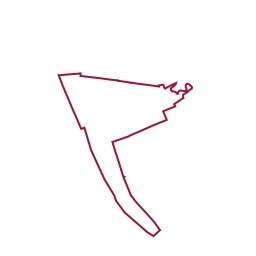 Banjul Central, Gambia (Albers equal-area conic projection), rotated 217°
{"feature_id": "56634734B44527271765824", "entity_name": "Banjul Central", "entity_type": "district", "adm_level": 2, "iso_a3": "GMB", "parent_name": "Gambia", "parent_adm1": "", "projection": "albers", "projection_center": [-16.581, 13.457], "detail": "fine", "context": "isolated", "style": "outline", "palette": "rose", "viewbox_px": 256, "rotation_deg": 217, "n_neighbors": 0, "source": "geoboundaries", "source_scale": "gbopen_adm2", "svg_char_len": 1928}
<svg xmlns="http://www.w3.org/2000/svg" viewBox="0 0 256 256"><g transform="rotate(217 128 128)"><path d="M215.1,128.5L214.7,128.2L205.8,122.6L192.7,115.0L187.7,112.1L165.2,99.3L164.7,99.1L163.1,102.0L158.8,98.9L144.3,88.2L130.6,80.8L115.8,72.8L110.7,70.8L98.3,65.8L97.0,64.9L93.8,62.7L79.8,58.5L49.7,56.4L42.8,57.0L42.6,57.0L41.0,65.5L40.9,65.7L43.0,66.3L50.5,68.7L61.6,70.9L63.6,71.3L70.0,72.4L73.6,73.1L77.9,74.0L83.8,75.6L85.0,75.9L101.7,85.8L101.6,86.9L102.5,86.4L103.2,86.8L110.2,91.9L118.4,97.7L121.6,99.9L122.9,100.8L130.4,106.3L131.2,106.9L131.7,107.3L132.0,107.5L131.9,107.6L129.8,110.7L126.5,115.7L123.4,120.3L122.3,121.9L122.3,122.4L121.3,124.2L117.0,131.7L115.7,134.0L112.8,139.2L111.7,141.2L109.7,144.8L108.7,146.5L106.8,149.7L106.5,150.3L105.6,151.7L104.5,153.5L103.9,154.5L101.9,157.8L102.0,157.9L104.3,159.2L104.6,159.4L110.0,162.5L109.9,162.7L107.7,166.3L106.7,168.0L106.3,168.8L105.5,170.0L104.7,171.4L104.3,172.0L103.8,173.0L103.4,173.8L105.5,174.9L101.8,185.3L102.4,185.8L102.8,186.1L104.0,187.8L102.2,192.4L101.8,195.0L100.8,197.9L101.4,199.2L106.0,199.6L107.5,198.9L107.9,197.3L107.1,196.0L105.4,194.7L104.5,194.2L104.0,192.5L105.5,191.1L108.5,189.8L109.5,188.3L109.5,186.5L108.6,185.7L109.4,184.9L110.8,185.3L113.3,184.9L114.7,183.8L116.6,184.2L117.7,185.4L117.5,185.6L116.4,189.8L116.4,191.9L116.7,192.8L117.4,191.6L120.7,185.2L121.6,183.1L122.1,181.8L123.4,182.1L123.4,182.4L123.9,182.6L124.5,182.9L125.3,183.4L125.9,183.7L126.6,183.1L127.1,182.6L127.4,182.3L127.8,181.8L128.3,181.3L129.0,180.5L128.2,179.8L136.7,175.1L139.0,173.8L144.7,170.5L148.8,168.2L152.2,166.4L152.8,165.8L152.9,166.0L153.6,165.6L163.0,160.5L164.4,159.5L164.7,159.7L165.0,159.9L165.2,159.7L165.7,159.3L167.5,158.2L169.7,156.9L172.1,155.5L179.3,151.5L197.2,141.0L197.5,141.3L198.5,142.7L198.6,142.8L198.7,143.0L199.2,142.6L208.7,134.1L210.2,132.8L214.4,129.0L215.1,128.5Z" fill="none" stroke="#9f1239" stroke-width="2"/></g></svg>